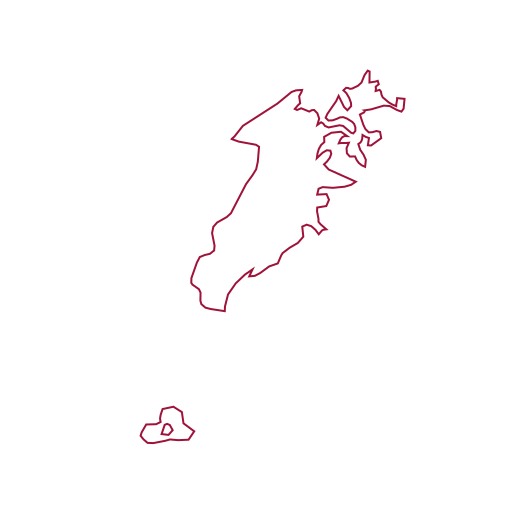 Musandam, Mercator projection, rotated 25°
{"feature_id": "OMN-2425", "entity_name": "Musandam", "entity_type": "Province", "adm_level": 1, "iso_a3": "OMN", "parent_name": "Oman", "parent_adm1": "", "projection": "mercator", "projection_center": [56.333, 25.799], "detail": "fine", "context": "isolated", "style": "outline", "palette": "rose", "viewbox_px": 512, "rotation_deg": 25, "n_neighbors": 0, "source": "natural_earth", "source_scale": "10m", "svg_char_len": 2918}
<svg xmlns="http://www.w3.org/2000/svg" viewBox="0 0 512 512"><g transform="rotate(25 256 256)"><path d="M209.2,308.0L208.7,307.7L206.8,303.3L205.2,286.9L205.5,280.7L209.1,276.8L213.3,273.5L215.7,268.7L214.1,264.2L206.5,253.8L205.0,247.6L206.6,242.1L213.0,233.1L215.2,227.9L216.6,195.0L218.7,184.1L219.5,177.3L217.8,169.8L212.6,155.7L208.9,155.2L192.1,159.6L184.5,160.3L184.5,160.2L186.0,156.7L189.1,143.6L211.0,108.8L218.9,92.3L222.2,89.0L227.6,86.0L227.9,88.0L227.6,93.0L231.5,99.0L230.5,101.1L229.0,106.3L231.5,106.3L234.6,103.0L243.2,102.6L245.0,100.2L247.0,99.1L251.3,100.7L255.2,104.8L256.2,111.3L258.5,107.3L260.8,107.5L263.6,109.0L267.5,108.8L276.5,102.2L280.0,101.3L290.1,104.1L292.3,103.8L293.2,100.7L291.7,97.4L289.1,94.8L286.7,93.8L280.3,93.0L276.3,93.3L273.4,95.0L271.5,97.3L268.2,100.6L264.4,102.6L260.7,101.3L260.6,97.2L263.2,81.8L263.2,76.0L272.8,83.7L277.2,85.3L278.9,80.0L277.4,77.1L273.7,73.4L269.1,70.2L265.2,68.9L266.6,65.5L268.5,64.8L270.5,64.8L272.4,63.6L276.5,58.6L278.3,54.2L277.9,46.2L278.9,40.8L281.0,40.8L285.5,50.8L290.6,47.4L292.3,45.8L294.7,48.5L293.2,51.3L293.0,52.3L293.8,53.2L294.7,55.9L297.8,53.2L299.8,54.2L301.4,56.6L303.7,58.6L311.4,60.7L315.4,61.1L319.7,60.9L319.0,59.2L317.9,55.0L317.2,53.3L324.2,50.8L327.5,60.1L326.8,63.7L322.2,64.1L313.8,63.6L308.3,65.7L298.4,74.4L293.0,78.0L293.4,78.0L293.3,80.1L290.4,83.9L297.8,91.7L301.5,94.7L306.0,96.3L309.0,94.7L312.4,91.8L316.0,91.1L319.7,96.3L313.6,107.2L310.6,108.4L308.5,101.3L305.1,101.7L301.4,101.3L302.7,104.9L303.0,107.3L302.6,109.2L301.4,111.3L305.6,115.7L310.6,118.7L314.9,122.4L317.2,129.1L313.4,129.1L309.8,128.2L306.6,126.4L303.7,123.9L299.0,126.2L295.0,124.5L292.5,120.0L292.3,114.1L290.3,115.3L285.3,117.7L283.4,118.9L283.3,114.9L283.9,112.0L285.5,109.9L288.0,108.8L280.5,107.5L272.3,112.4L267.4,119.2L269.8,123.9L268.1,127.8L267.7,132.3L268.4,137.1L269.8,141.7L272.7,134.3L275.4,130.3L278.9,129.1L281.0,131.5L281.4,135.7L280.4,140.5L278.9,144.2L285.4,146.9L315.0,146.5L312.1,151.3L307.1,155.7L296.9,161.7L287.3,165.4L284.3,168.6L285.5,174.5L293.8,170.1L298.4,174.2L298.6,181.0L291.0,186.2L292.5,189.8L296.9,195.9L298.2,198.6L301.2,200.0L308.5,202.1L305.9,203.8L305.0,205.0L303.7,209.8L298.9,207.2L293.5,205.6L288.7,206.2L285.5,209.8L290.7,218.5L288.4,226.5L283.0,234.3L278.9,242.1L278.6,244.8L278.9,253.5L272.4,259.8L266.9,269.8L263.3,274.5L258.5,277.3L258.5,269.6L253.9,277.4L249.2,289.3L246.9,302.7L249.2,314.8L251.0,319.2L237.3,323.2L232.0,324.2L226.8,322.7L224.5,320.0L221.2,312.6L218.3,310.2L210.5,308.8L209.2,308.0ZM274.1,441.0L272.5,451.0L263.3,455.8L255.6,458.6L251.9,461.8L242.1,468.9L236.7,471.2L231.5,469.7L227.4,467.7L227.1,465.6L226.9,464.1L227.7,455.1L236.5,450.7L239.7,446.8L237.7,443.8L236.7,440.2L236.0,434.2L244.9,427.5L254.8,428.8L261.0,438.3L274.1,441.0ZM245.7,457.3L252.3,455.1L254.1,449.1L249.3,445.6L246.4,445.7L244.6,447.6L245.7,457.3Z" fill="none" stroke="#9f1239" stroke-width="2"/></g></svg>